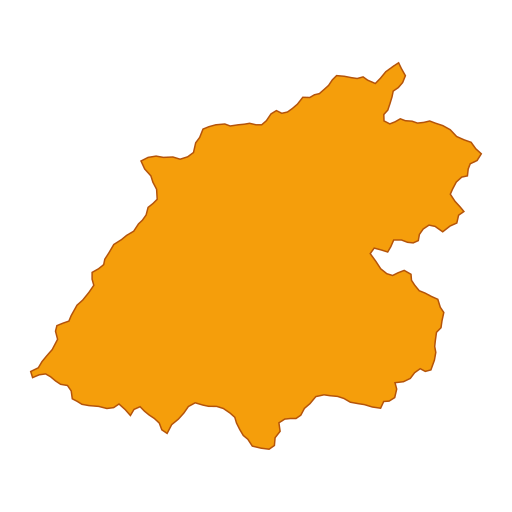 Miraí, Minas Gerais, Brazil
{"feature_id": "56859067B88610253511100", "entity_name": "Miraí", "entity_type": "district", "adm_level": 2, "iso_a3": "BRA", "parent_name": "Brazil", "parent_adm1": "Minas Gerais", "projection": "orthographic", "projection_center": [-42.611, -21.144], "detail": "fine", "context": "isolated", "style": "filled", "palette": "amber", "viewbox_px": 512, "rotation_deg": 0, "n_neighbors": 0, "source": "geoboundaries", "source_scale": "gbopen_adm2", "svg_char_len": 2884}
<svg xmlns="http://www.w3.org/2000/svg" viewBox="0 0 512 512"><path d="M280.1,431.3L278.9,422.8L284.7,419.1L290.3,418.5L296.0,418.5L300.8,415.2L304.4,408.4L310.0,403.6L315.8,396.6L324.0,394.8L330.0,395.7L337.6,396.4L344.0,398.5L350.3,402.2L358.0,403.6L364.4,404.6L372.3,407.0L380.6,408.2L383.7,401.5L389.1,401.1L394.7,397.6L396.7,389.1L395.0,382.7L403.5,381.7L410.3,378.4L414.6,372.7L420.2,368.7L425.3,371.4L430.9,369.9L434.4,360.2L435.8,352.4L434.7,346.5L435.3,340.8L436.5,332.3L441.0,327.7L442.0,320.7L443.8,312.5L440.3,307.3L437.8,299.3L431.3,296.4L425.1,293.1L419.2,290.7L414.7,285.2L411.5,280.3L411.0,274.3L404.2,270.4L398.0,272.8L392.6,275.5L386.8,273.7L380.7,268.8L375.8,261.3L370.2,253.6L374.2,248.1L381.4,250.0L387.7,252.0L390.8,246.7L393.7,240.0L401.5,240.0L407.5,242.3L413.2,242.9L418.3,240.6L419.4,234.4L423.2,229.0L429.0,225.1L435.1,226.4L442.7,231.8L450.1,226.0L456.8,223.0L458.6,215.2L463.9,211.5L460.1,206.9L454.9,201.2L450.3,194.2L452.6,189.0L456.3,182.0L461.7,177.1L467.4,175.9L468.2,169.0L470.2,163.8L477.1,160.5L481.3,153.8L475.7,148.7L471.1,142.3L464.0,139.8L456.6,136.5L450.2,129.7L442.8,125.6L435.2,123.1L429.7,121.0L423.8,122.4L417.5,123.1L412.1,121.2L405.3,120.7L400.3,118.8L395.1,121.8L389.8,123.9L384.0,120.9L383.8,114.5L387.8,110.1L390.0,103.5L392.0,96.9L393.2,91.1L398.3,87.6L402.6,82.6L405.4,75.7L401.4,68.6L398.6,62.8L393.8,65.9L385.8,71.7L380.4,78.3L375.3,83.5L367.7,80.2L363.1,76.9L357.2,78.5L351.6,77.7L344.4,76.3L336.6,75.6L332.3,79.9L328.6,85.4L324.3,89.3L319.4,93.6L314.4,94.8L309.8,97.5L302.8,97.3L297.4,104.2L292.1,108.7L287.5,112.0L281.8,113.3L276.4,110.6L271.0,113.9L266.4,120.7L261.7,124.8L256.0,124.8L249.6,123.3L244.4,124.2L238.2,124.8L230.2,126.0L224.8,124.0L215.8,124.8L208.9,126.7L203.0,129.1L199.7,137.4L195.7,142.8L193.5,152.5L187.7,156.8L180.1,159.2L172.9,157.0L163.4,157.4L156.1,156.1L148.1,157.4L141.0,161.0L144.7,169.0L150.9,175.9L152.9,182.2L156.6,189.3L157.2,199.3L153.0,203.5L148.1,207.4L146.1,215.0L142.4,220.2L138.5,223.9L133.7,231.2L126.6,235.4L121.5,239.6L113.8,244.5L109.0,252.7L104.8,259.2L103.7,264.6L98.5,268.8L92.1,272.4L92.1,279.2L93.8,285.3L89.0,292.3L82.7,300.1L77.0,305.2L74.0,310.6L71.2,315.6L68.9,321.1L62.9,323.2L56.9,325.6L55.5,331.2L57.6,339.3L52.2,349.6L46.6,356.0L42.0,361.6L38.3,367.8L30.7,371.5L32.6,377.6L39.2,374.8L45.6,373.9L50.5,376.7L55.5,380.9L60.6,384.3L67.5,385.5L71.2,390.9L72.3,398.8L77.1,401.3L81.9,404.3L89.0,405.6L98.7,406.4L106.9,408.5L113.7,407.6L119.0,404.0L125.3,409.7L130.4,415.5L134.0,409.4L140.1,406.7L144.5,411.2L149.0,414.9L154.4,418.5L159.3,423.1L161.8,429.8L167.1,433.4L171.7,424.6L178.4,419.1L183.8,413.1L188.4,406.5L195.2,402.8L203.0,405.1L208.6,406.3L216.7,406.4L223.4,408.5L230.1,413.1L234.8,417.3L236.5,423.0L239.7,429.4L243.3,435.5L247.8,439.2L252.3,446.1L261.2,448.2L269.1,449.2L274.4,445.5L275.1,437.7L280.1,431.3Z" fill="#f59e0b" stroke="#b45309" stroke-width="1.5"/></svg>